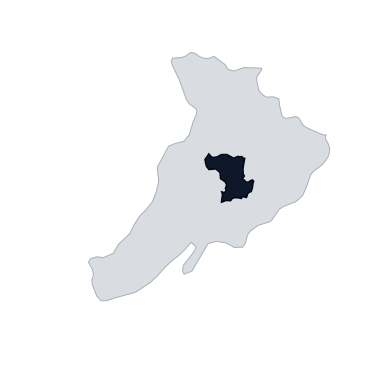 La Vega on a map of Dominican Republic (Albers equal-area conic projection), rotated 125°
{"feature_id": "DOM-1975", "entity_name": "La Vega", "entity_type": "Province", "adm_level": 1, "iso_a3": "DOM", "parent_name": "Dominican Republic", "parent_adm1": "", "projection": "albers", "projection_center": [-70.602, 19.023], "detail": "fine", "context": "in_parent", "style": "filled", "palette": "ink", "viewbox_px": 384, "rotation_deg": 125, "n_neighbors": 0, "source": "natural_earth", "source_scale": "10m", "svg_char_len": 2254}
<svg xmlns="http://www.w3.org/2000/svg" viewBox="0 0 384 384"><g transform="rotate(125 192 192)"><path d="M68.3,251.7L68.7,238.3L70.8,232.9L68.9,227.1L60.4,220.9L55.2,213.1L50.7,206.1L51.7,205.1L61.0,204.8L64.3,202.3L70.6,195.2L71.9,189.5L71.4,185.2L67.4,180.0L65.8,174.5L70.9,169.8L77.4,162.9L78.4,160.2L78.2,157.5L70.6,150.2L70.1,147.0L73.7,139.1L73.4,133.8L70.0,117.4L68.4,114.9L71.7,113.6L74.0,108.7L77.0,104.4L81.0,102.0L85.4,100.6L94.3,100.8L106.6,104.6L110.1,104.6L121.9,101.2L131.7,99.3L140.9,101.5L144.6,104.4L152.2,109.1L156.0,110.6L168.0,110.5L171.3,110.9L181.4,118.7L190.0,121.7L194.9,121.9L203.7,118.9L208.1,118.9L213.2,125.6L214.2,135.1L218.5,143.7L225.0,149.2L256.8,146.7L263.9,151.2L261.5,155.0L257.0,157.0L241.9,156.2L235.3,156.7L234.0,160.5L233.9,163.9L242.8,164.7L251.5,166.4L260.4,169.1L269.5,171.0L279.6,172.1L289.6,174.1L306.4,180.7L325.0,196.0L330.0,199.5L333.3,204.3L331.9,210.3L325.4,220.2L321.7,223.4L316.2,225.3L312.5,229.4L309.0,236.3L306.8,236.9L304.2,236.6L299.7,232.8L296.5,226.9L287.5,221.4L276.9,222.2L261.2,219.0L251.8,220.7L242.3,221.1L232.6,219.5L222.9,218.9L213.2,221.1L203.8,224.7L200.3,227.0L194.3,232.6L191.0,234.7L168.1,237.5L161.5,233.4L155.3,227.8L146.5,227.1L133.7,231.4L125.7,232.9L122.4,234.8L121.5,236.9L121.4,244.7L119.6,249.4L107.0,267.4L99.9,280.0L97.0,283.9L93.6,284.7L87.5,277.4L83.6,274.8L78.7,273.4L76.7,269.5L76.8,264.0L75.6,258.7L72.6,254.5L68.3,251.7Z" fill="#d9dde1" stroke="#a8b0b8" stroke-width="1"/><path d="M157.7,143.7L159.6,145.1L162.0,145.3L163.7,144.6L165.3,144.3L166.8,148.2L169.0,147.8L170.1,150.5L171.7,153.1L173.8,155.2L177.0,155.4L179.5,159.3L183.3,161.8L183.5,162.0L181.9,162.9L180.0,163.9L176.9,165.3L174.8,167.8L174.2,165.7L172.4,164.6L170.8,165.2L170.0,166.7L166.3,167.7L164.7,170.7L164.7,176.3L160.1,180.1L159.4,185.7L163.9,191.0L162.8,194.6L160.8,197.2L159.2,198.7L158.0,200.0L154.6,200.0L151.1,200.1L152.2,195.4L149.2,191.8L144.5,189.4L141.3,185.0L140.4,177.4L136.4,174.7L135.7,172.9L134.4,171.6L134.8,169.8L134.2,168.1L136.5,167.0L139.0,165.9L143.8,163.5L147.8,160.5L148.8,158.3L150.4,158.2L152.4,158.6L152.2,156.3L152.8,153.5L151.6,151.3L149.2,150.7L147.4,149.3L147.9,147.6L149.8,147.1L153.7,145.0L157.7,143.7Z" fill="#0f172a" stroke="#020617" stroke-width="1.5"/></g></svg>